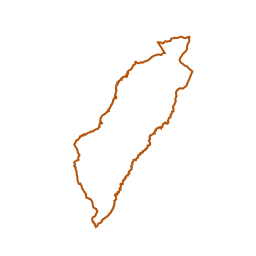 Metarica, Niassa, Mozambique (Mercator projection), rotated 105°
{"feature_id": "85939544B27352268742856", "entity_name": "Metarica", "entity_type": "district", "adm_level": 2, "iso_a3": "MOZ", "parent_name": "Mozambique", "parent_adm1": "Niassa", "projection": "mercator", "projection_center": [37.03, -14.331], "detail": "fine", "context": "isolated", "style": "outline", "palette": "amber", "viewbox_px": 256, "rotation_deg": 105, "n_neighbors": 0, "source": "geoboundaries", "source_scale": "gbopen_adm2", "svg_char_len": 5901}
<svg xmlns="http://www.w3.org/2000/svg" viewBox="0 0 256 256"><g transform="rotate(105 128 128)"><path d="M157.1,175.5L157.8,175.6L158.4,175.1L162.4,171.1L164.9,170.0L166.6,167.9L167.5,167.8L168.2,168.3L169.6,168.4L171.6,167.6L173.0,169.6L174.8,171.0L175.2,171.0L175.8,170.7L176.5,169.9L177.1,169.7L178.6,170.2L179.1,169.6L179.5,168.3L180.5,168.3L181.1,168.0L181.7,168.0L182.3,167.1L184.1,166.1L185.6,165.8L187.6,164.7L192.3,162.8L194.8,160.9L194.7,160.0L194.1,159.5L194.3,159.2L195.4,158.5L196.3,157.5L197.8,157.0L198.4,156.6L199.3,155.2L200.8,154.1L201.4,152.8L202.4,152.2L202.8,151.3L204.0,151.2L205.4,150.4L206.0,150.3L206.0,148.9L206.5,147.0L206.3,146.4L206.4,145.8L208.2,143.8L209.7,142.8L212.0,141.9L213.7,140.8L213.8,139.8L214.3,139.2L214.4,137.8L214.7,137.3L215.4,137.1L216.0,136.4L216.9,135.9L217.9,136.5L219.7,136.5L221.3,136.9L222.4,137.6L223.1,138.6L223.8,139.0L225.4,139.1L226.2,138.8L226.8,138.1L227.9,137.8L228.1,137.6L227.9,136.8L229.2,135.7L229.3,135.0L229.7,134.8L230.4,134.9L231.9,133.4L231.2,133.1L230.7,132.3L229.9,132.2L229.2,132.3L228.2,132.1L226.4,129.6L225.6,129.3L224.9,129.6L224.3,128.8L223.6,128.7L223.2,128.9L222.1,128.4L221.8,127.5L220.5,126.9L219.3,125.4L218.8,125.3L218.3,124.8L217.1,124.5L216.5,123.8L215.8,123.6L215.2,123.7L214.5,122.8L212.7,122.6L211.7,121.9L211.1,122.3L209.5,121.4L209.0,121.4L208.7,121.7L207.8,121.5L207.3,121.4L206.7,121.6L206.3,121.3L204.8,121.7L203.7,121.5L202.0,122.4L200.1,121.0L198.9,121.2L198.6,121.5L197.5,121.9L197.4,122.2L197.0,122.3L196.3,123.3L195.1,122.8L195.6,121.9L194.9,121.0L194.5,121.3L194.1,121.2L194.0,121.4L192.7,121.4L192.4,121.1L192.7,120.5L192.5,120.1L190.6,120.2L189.5,119.2L189.0,119.6L188.5,120.6L188.3,120.6L187.9,119.6L187.6,119.5L186.3,119.7L184.4,120.7L183.8,120.7L183.6,120.3L183.9,119.7L183.6,119.2L183.6,118.6L180.7,119.1L179.6,119.1L179.4,118.9L179.4,118.1L178.9,117.9L177.6,118.2L176.7,117.2L176.1,117.8L175.1,117.5L174.3,116.7L173.9,115.8L172.6,116.0L172.0,115.6L171.7,114.9L170.4,115.5L169.9,116.0L168.7,114.9L167.7,114.6L167.4,114.1L166.8,113.8L165.9,114.1L165.1,114.0L164.5,114.9L164.1,115.1L163.7,114.8L161.7,114.3L160.6,115.1L159.1,114.3L157.4,114.5L157.0,113.2L157.0,112.7L157.2,112.3L157.1,112.0L156.7,111.9L156.4,112.1L155.4,112.1L153.6,110.5L152.6,111.2L151.7,111.1L150.9,110.1L150.7,109.3L150.1,109.3L149.5,109.7L149.0,109.5L148.1,107.6L147.3,107.4L146.9,107.9L146.4,107.7L146.0,106.8L144.7,106.0L144.8,105.5L145.3,105.2L143.2,105.4L142.8,104.9L142.5,104.2L141.3,104.2L139.9,104.6L139.6,104.3L139.7,103.4L138.3,102.3L137.6,102.5L137.1,103.0L136.5,102.9L135.5,104.0L134.5,104.7L134.2,104.6L133.8,104.1L132.8,103.8L132.3,103.9L132.0,104.4L131.3,104.9L129.4,104.7L129.0,103.6L128.2,103.2L127.5,102.3L126.1,101.8L126.2,100.8L124.9,101.2L124.0,101.2L123.2,100.3L122.4,100.8L121.1,100.2L120.5,99.5L120.4,98.6L119.5,98.5L119.0,97.7L119.0,97.2L119.3,97.2L119.6,96.4L119.2,96.6L118.6,96.4L118.0,95.8L118.0,95.6L118.4,95.4L118.3,95.2L115.0,95.1L114.5,94.7L114.4,94.2L114.0,94.1L114.2,93.9L113.6,92.7L113.2,92.6L113.4,92.3L113.1,92.1L113.5,91.7L113.4,91.4L113.6,91.1L112.8,90.5L111.6,90.6L110.4,91.3L109.7,91.1L108.6,91.2L107.5,90.9L107.0,89.9L106.6,89.7L105.9,89.7L105.3,90.1L104.4,89.9L104.0,90.2L103.2,89.9L102.8,89.5L101.6,89.5L100.9,89.7L100.5,88.7L99.9,88.4L99.1,88.8L97.8,88.8L96.5,89.9L95.1,90.0L94.8,90.0L93.7,89.2L91.4,89.2L89.8,88.7L88.8,89.4L87.7,89.8L85.8,89.7L84.9,89.3L84.5,89.4L83.8,90.0L80.9,90.9L79.1,90.4L77.5,89.2L76.9,89.2L76.5,88.2L75.8,87.2L75.9,85.6L75.6,84.9L73.9,84.0L73.0,83.0L72.1,82.5L67.4,82.0L65.9,81.6L57.4,80.6L57.3,80.4L56.5,80.6L54.8,84.7L53.4,86.2L53.0,89.6L52.0,91.0L51.6,92.9L50.7,94.4L48.8,95.9L45.7,95.4L44.3,94.6L42.4,94.3L38.8,92.0L37.1,91.5L35.8,91.5L34.2,92.1L33.3,92.1L30.8,91.9L28.3,91.2L26.5,91.8L25.3,92.7L24.8,92.6L24.2,92.2L24.1,92.5L24.8,94.0L25.6,94.6L26.5,96.2L26.5,98.0L26.1,98.6L26.2,100.8L26.9,101.9L27.8,102.7L28.4,104.0L28.8,106.5L29.6,107.6L30.6,109.4L31.6,109.2L33.1,109.7L33.8,111.6L34.6,112.6L34.4,113.9L34.6,114.6L35.1,115.0L36.4,115.3L37.3,116.3L37.4,116.7L36.8,117.8L37.5,121.2L46.0,111.9L46.6,113.4L47.4,114.0L48.9,114.9L49.1,118.1L50.3,119.2L50.6,120.5L53.2,123.4L53.9,123.6L55.1,124.6L56.8,125.5L58.0,126.9L58.6,127.4L59.0,128.4L60.0,129.9L61.1,130.6L61.3,131.7L61.0,132.3L61.9,133.3L63.0,135.2L62.7,136.5L62.0,137.4L62.1,137.9L62.9,138.0L64.3,137.7L65.3,138.3L66.1,139.2L66.9,139.1L67.7,139.4L68.4,139.4L69.7,140.2L70.4,140.0L72.2,142.0L73.8,143.0L74.2,143.0L74.3,142.5L75.1,141.9L76.0,142.1L76.2,142.7L76.0,143.1L76.7,143.4L77.2,143.3L77.8,142.3L78.8,142.4L79.2,142.9L78.8,144.0L79.1,144.7L79.5,145.2L80.0,145.3L80.3,146.3L81.1,146.4L81.6,147.0L82.0,146.7L83.0,146.6L82.7,147.6L83.4,147.7L83.9,148.1L84.6,148.4L84.6,148.9L84.9,149.2L85.9,148.8L86.5,149.0L86.6,149.7L87.0,150.2L87.7,150.1L88.3,149.4L89.3,149.5L89.8,150.4L91.1,150.3L92.2,149.8L93.3,149.9L94.5,148.7L95.1,149.0L96.7,148.9L97.6,148.7L98.9,149.1L100.1,149.0L100.3,148.9L100.2,148.2L100.7,147.7L101.2,147.4L101.4,147.7L101.9,147.7L101.9,147.3L102.2,147.2L102.4,147.6L102.0,148.5L102.3,149.0L102.7,149.0L102.9,148.8L104.0,149.0L104.6,149.6L105.2,149.4L106.1,149.6L106.5,149.3L108.1,149.5L108.8,149.8L109.6,149.7L110.4,150.4L111.3,150.2L112.8,150.8L113.7,150.7L114.9,151.7L116.4,150.7L117.0,151.4L116.6,151.8L116.8,152.1L118.1,152.3L118.6,153.0L120.3,153.7L120.4,154.2L121.3,154.6L122.0,155.7L124.3,156.7L126.1,157.0L128.4,156.7L130.2,154.3L130.5,154.6L130.5,155.3L130.0,156.0L130.1,156.3L132.9,156.4L133.5,155.9L134.4,155.8L134.7,156.4L136.1,156.6L136.6,156.9L137.1,157.5L137.3,158.3L139.0,160.2L140.6,161.2L140.9,162.8L141.1,163.1L141.7,163.2L142.2,163.7L142.7,165.0L143.3,165.7L144.7,166.5L145.0,167.4L145.6,167.6L145.5,168.1L145.2,168.5L145.8,169.0L146.8,169.1L146.7,170.4L148.1,171.0L148.3,172.0L148.7,172.3L149.6,172.0L150.2,172.2L151.2,172.9L151.7,172.9L152.4,173.2L153.4,174.8L154.2,174.9L154.9,174.7L157.1,175.5Z" fill="none" stroke="#b45309" stroke-width="2"/></g></svg>